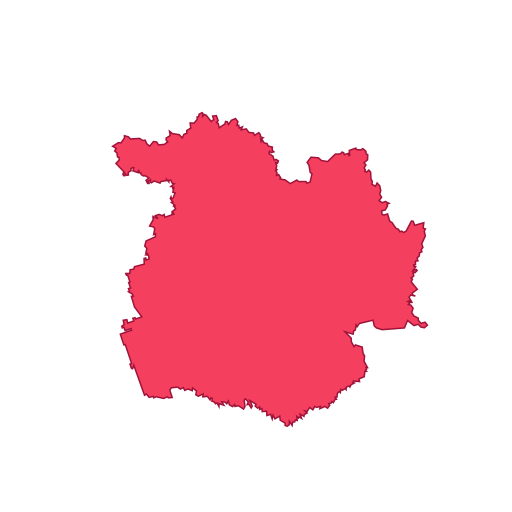 outline of Oberon, New South Wales, Australia, rotated 332°
{"feature_id": "25037944B83786043255817", "entity_name": "Oberon", "entity_type": "district", "adm_level": 2, "iso_a3": "AUS", "parent_name": "Australia", "parent_adm1": "New South Wales", "projection": "mercator", "projection_center": [149.791, -33.845], "detail": "fine", "context": "isolated", "style": "filled", "palette": "rose", "viewbox_px": 512, "rotation_deg": 332, "n_neighbors": 0, "source": "geoboundaries", "source_scale": "gbopen_adm2", "svg_char_len": 6134}
<svg xmlns="http://www.w3.org/2000/svg" viewBox="0 0 512 512"><g transform="rotate(332 256 256)"><path d="M92.2,326.6L94.4,326.4L95.3,330.6L99.3,331.7L99.1,333.2L101.8,333.4L107.7,338.5L111.5,338.6L112.0,340.1L115.6,341.6L116.9,334.0L119.3,332.6L125.3,335.0L126.7,338.0L130.1,338.1L130.0,341.2L133.4,341.4L136.5,345.0L138.0,342.7L140.1,347.2L137.7,350.3L139.2,352.7L144.6,353.0L142.9,355.4L147.2,357.1L147.9,361.5L149.4,360.2L150.5,361.0L148.9,363.5L150.7,365.4L150.8,367.4L152.6,367.5L152.6,371.5L154.1,369.0L157.6,372.7L157.4,368.6L160.1,370.5L160.8,372.8L163.5,371.1L162.6,374.9L164.6,378.0L167.3,377.1L166.8,379.0L170.3,380.0L173.1,385.3L175.6,383.8L177.9,377.8L179.6,377.1L180.7,381.2L178.4,383.1L180.1,383.7L180.4,387.9L182.2,386.8L182.7,380.8L186.5,386.9L184.8,388.1L186.0,391.1L188.4,391.0L187.1,393.2L189.6,393.5L188.4,396.3L192.5,398.0L190.7,402.0L194.6,402.7L193.8,407.5L196.3,404.6L196.3,408.7L201.8,408.5L200.3,412.3L203.3,417.3L202.1,419.3L203.6,420.9L206.1,420.6L207.9,417.6L208.3,422.6L210.4,419.8L212.3,420.7L213.6,419.2L215.2,420.6L216.7,416.7L217.5,419.1L218.6,418.4L220.0,420.8L220.7,416.4L223.1,420.1L224.2,418.6L227.4,418.6L226.5,415.8L228.2,417.2L232.3,415.0L234.0,418.5L237.2,416.5L238.6,418.2L242.2,419.0L240.7,420.8L246.2,421.2L247.8,424.0L251.0,422.4L250.9,420.6L253.6,421.1L254.7,420.1L255.5,421.8L258.7,419.6L259.7,420.2L259.6,417.8L261.2,418.6L263.5,415.4L265.9,414.7L266.3,416.2L268.4,413.6L269.2,415.1L272.5,414.9L272.8,416.3L274.2,414.1L277.1,414.5L277.4,415.8L279.4,414.3L283.2,414.3L282.2,413.2L283.4,412.1L288.5,415.5L289.2,412.9L294.9,413.4L297.7,409.3L299.4,409.6L298.8,408.5L300.6,407.8L300.7,406.2L302.1,406.9L302.0,399.6L305.0,395.2L304.8,392.4L307.0,386.2L302.0,381.2L300.0,382.1L299.9,376.6L301.5,373.2L299.0,364.7L305.1,370.6L307.1,368.0L309.0,368.0L311.9,363.9L312.1,365.9L315.6,364.1L329.2,367.6L327.6,373.2L328.5,376.0L332.8,380.3L353.3,389.2L359.5,384.1L362.8,391.6L367.2,392.5L368.2,396.1L370.9,398.4L374.9,397.5L374.2,393.8L370.1,393.0L369.1,388.9L370.1,387.0L367.2,383.0L367.0,378.9L370.2,375.9L369.7,372.1L367.8,370.3L370.2,369.5L368.7,367.4L370.7,367.7L372.0,370.8L371.7,364.2L374.2,363.1L377.9,366.2L376.0,363.7L376.6,362.1L382.8,361.1L380.9,351.6L383.2,350.0L382.6,348.2L385.8,347.8L387.2,343.7L388.5,345.4L391.5,344.4L391.2,343.2L388.0,342.5L392.0,340.5L390.5,338.9L391.1,337.8L392.8,338.5L394.3,335.4L396.7,336.3L397.3,333.3L400.1,332.7L401.8,330.1L404.5,330.1L404.8,328.0L407.4,326.8L408.1,323.0L414.9,317.8L416.3,312.9L418.3,311.7L416.7,309.8L419.8,305.4L410.5,303.4L411.1,299.1L409.6,298.1L400.1,304.6L397.4,304.5L396.2,302.3L394.4,302.2L394.3,299.3L392.5,297.1L391.8,290.2L390.4,288.3L391.9,280.6L388.1,279.9L386.8,278.3L388.2,275.1L391.7,276.0L395.6,273.6L395.8,271.8L398.2,272.0L395.8,268.6L392.5,268.2L390.7,264.8L394.5,263.1L394.3,259.4L396.8,256.9L398.2,252.1L397.2,248.4L394.3,250.5L392.0,247.1L393.8,244.7L393.6,242.2L396.6,235.7L395.9,233.1L393.0,233.9L391.8,232.3L393.0,231.4L392.8,229.0L395.8,227.3L395.2,224.4L399.6,223.5L402.2,219.1L401.2,217.4L402.2,215.0L400.7,211.3L398.4,211.6L394.6,209.1L394.8,207.6L387.9,206.6L386.0,211.1L385.2,211.0L385.6,208.7L381.6,208.0L381.9,205.9L380.7,204.6L378.4,205.5L373.9,203.3L363.5,206.2L358.6,202.4L357.2,198.6L351.0,194.6L345.1,197.3L345.4,200.6L343.1,207.7L344.1,209.6L338.5,216.1L335.0,215.5L335.1,213.7L328.6,210.3L327.7,208.1L320.3,208.2L317.3,202.3L313.3,199.3L314.5,198.5L314.2,194.7L312.0,194.4L313.6,192.5L313.5,189.7L315.1,189.7L314.5,188.4L316.6,186.2L317.2,182.8L318.5,184.2L320.4,182.6L319.1,180.2L317.1,179.8L317.8,175.8L315.6,171.6L317.0,169.9L318.1,171.9L320.7,172.4L320.0,170.1L321.6,167.5L318.4,164.7L318.6,161.9L316.3,160.0L316.0,156.3L314.2,157.3L315.1,154.7L317.7,154.9L315.8,152.6L316.8,151.2L316.4,148.4L311.3,148.8L311.6,146.2L307.7,143.5L307.1,139.2L302.1,137.6L304.6,135.6L301.2,135.2L302.2,132.5L300.4,131.7L303.1,128.9L302.4,125.0L297.9,124.6L293.4,127.0L293.7,124.0L292.2,122.9L290.6,124.8L283.7,125.5L284.9,121.2L283.8,119.7L286.1,118.7L286.9,113.5L283.4,112.1L282.7,115.7L279.6,116.2L278.1,108.2L276.8,106.8L274.4,107.6L276.1,105.2L275.7,104.1L272.3,104.1L270.7,106.1L269.2,105.6L268.3,107.7L263.7,109.6L260.3,107.6L258.4,112.4L253.8,112.7L252.4,115.2L249.6,114.7L246.3,117.1L245.2,112.8L239.7,108.7L238.2,105.2L236.8,109.4L232.0,109.7L231.0,111.7L231.6,113.9L227.4,114.4L222.1,112.1L221.8,108.7L219.2,106.8L213.6,109.1L212.2,105.4L212.6,101.8L210.1,100.7L208.4,97.5L200.0,93.7L199.4,91.0L196.3,88.0L195.4,89.9L189.9,92.8L187.7,91.3L180.9,91.8L183.1,95.3L180.5,97.0L181.6,99.7L180.2,103.6L181.3,104.6L180.2,107.1L175.8,108.5L178.9,119.6L176.9,121.2L176.8,122.9L178.0,123.5L179.1,121.7L179.7,124.1L181.4,124.6L182.5,122.1L185.7,122.1L186.6,120.1L189.0,120.1L189.6,120.7L187.3,123.0L190.7,126.7L193.1,125.0L191.6,127.5L193.3,128.4L192.8,130.1L194.1,132.4L195.9,133.2L198.0,136.8L194.4,137.6L194.4,141.1L195.6,141.7L195.9,139.3L198.6,139.2L197.3,141.1L197.9,142.2L201.3,142.0L205.5,146.6L207.1,145.6L212.6,147.5L213.0,146.4L213.8,149.7L214.5,148.3L216.3,148.9L216.2,152.4L217.7,153.8L213.5,154.7L215.0,155.6L214.3,157.2L215.4,157.2L212.5,160.7L214.2,162.2L210.0,165.9L208.2,166.1L208.7,163.9L207.3,165.0L207.9,169.1L206.4,168.9L207.9,172.4L206.7,173.2L208.0,173.9L207.0,174.6L207.1,176.8L202.7,177.4L202.0,178.8L203.2,179.0L203.2,180.5L193.7,179.0L194.4,176.2L192.2,176.4L189.9,173.8L186.1,173.1L187.0,177.0L183.6,172.7L182.2,175.7L176.1,179.6L179.0,182.1L179.5,184.2L175.7,189.0L177.7,189.1L176.2,191.8L166.0,191.1L162.4,195.0L163.2,198.0L160.1,201.7L161.2,202.7L159.2,203.2L161.4,204.8L160.3,208.4L156.9,207.9L157.7,206.0L156.0,205.6L153.5,210.7L143.7,208.4L141.8,210.2L138.4,209.0L136.4,212.1L132.8,210.3L132.6,212.1L133.7,212.8L132.5,219.8L131.1,219.6L130.2,225.3L128.1,224.9L127.7,227.7L126.6,227.7L128.9,231.4L128.9,233.8L127.0,233.1L124.8,244.0L126.6,256.1L120.0,255.1L120.2,253.6L118.0,253.2L117.6,256.0L111.3,255.0L112.1,251.6L108.6,250.4L107.4,254.5L104.5,255.0L104.2,256.7L105.9,256.9L105.4,260.4L111.6,261.4L111.3,263.1L99.5,261.3L97.6,272.5L99.0,272.8L95.7,292.6L94.0,292.3L93.3,296.6L94.1,297.6L96.8,295.2L92.2,326.6Z" fill="#f43f5e" stroke="#9f1239" stroke-width="1.5"/></g></svg>